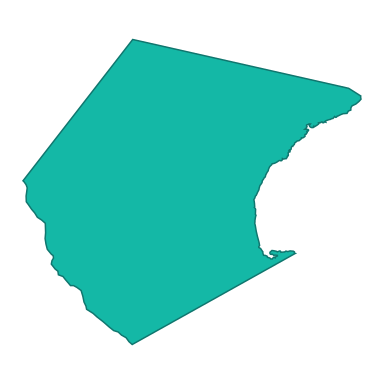 outline of Ngebei, Palau
{"feature_id": "81905179B35974165109386", "entity_name": "Ngebei", "entity_type": "district", "adm_level": 2, "iso_a3": "PLW", "parent_name": "Palau", "parent_adm1": "", "projection": "albers", "projection_center": [134.637, 7.688], "detail": "fine", "context": "isolated", "style": "filled", "palette": "teal", "viewbox_px": 384, "rotation_deg": 0, "n_neighbors": 0, "source": "geoboundaries", "source_scale": "gbopen_adm2", "svg_char_len": 3086}
<svg xmlns="http://www.w3.org/2000/svg" viewBox="0 0 384 384"><path d="M295.3,253.4L294.4,253.1L294.4,251.9L293.4,251.2L290.0,250.9L287.8,251.6L285.9,251.1L284.8,251.9L280.9,252.3L280.7,251.5L280.0,250.9L279.0,251.2L277.3,251.9L276.4,251.3L274.6,250.9L273.0,250.6L271.9,250.5L270.7,251.6L270.0,252.2L269.9,253.2L270.4,254.2L271.3,254.4L272.0,254.1L273.1,254.7L273.8,255.4L275.0,255.1L277.4,255.4L277.4,256.0L275.5,256.9L275.1,257.9L274.2,257.1L273.2,257.7L272.2,259.0L270.7,258.9L270.0,258.1L268.2,257.5L267.5,257.4L267.1,256.2L265.3,255.4L263.6,255.3L262.8,253.0L262.9,251.9L261.9,250.5L260.6,248.5L258.8,247.5L258.8,246.6L259.6,245.5L259.0,242.2L257.4,236.3L256.2,231.0L255.3,225.5L254.7,223.1L255.0,222.0L254.9,221.1L255.0,220.1L255.5,217.0L256.0,215.2L255.4,214.4L255.6,209.2L255.0,208.2L254.3,207.4L254.7,206.7L254.5,203.5L254.2,201.2L253.8,199.7L254.7,198.3L255.4,196.1L256.3,195.2L257.6,192.2L258.9,189.8L259.2,188.0L260.0,185.4L260.6,184.8L262.0,182.7L262.4,180.4L263.2,179.7L264.2,177.8L264.9,177.4L265.5,176.1L265.8,174.5L266.3,174.0L266.9,172.6L268.2,170.8L268.6,169.0L269.7,166.6L271.7,164.7L272.2,163.7L273.8,163.5L275.4,162.9L277.2,161.9L279.0,160.6L279.9,160.5L280.9,160.8L281.7,160.6L282.3,159.8L282.4,158.5L283.6,159.1L284.4,158.9L285.1,158.6L286.0,158.8L286.6,158.1L287.0,157.6L287.2,156.9L287.5,155.9L288.2,155.8L288.4,154.9L288.2,154.0L288.2,152.6L289.1,152.0L289.8,152.0L290.1,151.1L288.9,150.7L289.5,149.8L290.7,149.6L291.2,149.0L291.2,148.1L291.4,147.2L292.0,146.3L292.8,146.4L293.1,145.6L294.3,144.5L294.8,142.8L296.0,142.0L297.3,140.9L299.0,140.7L301.5,138.6L301.5,137.8L302.8,137.9L304.1,137.1L305.0,136.4L304.9,135.4L305.0,134.5L306.0,134.3L306.3,133.7L306.7,133.2L307.2,132.6L307.1,131.9L306.8,131.4L307.2,131.0L308.2,131.0L308.6,130.1L308.1,129.5L306.6,129.3L304.9,129.2L305.7,128.6L306.5,127.6L307.0,126.6L306.5,126.1L306.6,125.0L307.7,124.6L309.1,123.9L310.4,124.0L309.3,125.4L309.8,126.6L310.8,127.3L311.6,127.6L312.8,127.6L313.6,126.5L313.7,127.2L315.7,126.0L317.0,125.2L318.2,124.3L318.9,123.6L318.5,122.8L319.6,122.6L320.6,122.7L321.3,122.0L322.2,122.0L322.5,122.6L323.2,122.8L324.0,122.5L324.3,121.8L325.8,122.2L325.4,121.1L325.9,120.7L329.2,119.6L330.4,119.4L331.8,118.6L332.9,118.5L333.5,117.9L334.0,117.3L334.6,116.5L335.5,117.3L336.5,117.1L337.2,116.1L337.8,116.1L340.8,114.6L343.1,113.7L347.0,113.4L348.4,111.0L350.8,110.1L350.9,107.7L352.1,105.8L355.9,104.0L359.1,101.3L361.0,99.2L360.6,96.8L360.8,96.0L349.6,88.9L348.6,88.3L132.7,39.5L23.0,180.8L23.9,181.6L26.1,184.7L27.2,187.8L26.6,192.5L26.1,196.0L26.3,201.8L28.3,204.5L31.6,209.3L34.7,212.9L37.4,217.3L41.6,220.0L44.9,222.9L45.3,223.5L45.6,232.8L45.1,238.6L46.0,244.2L47.3,249.3L49.1,251.5L51.5,254.4L53.1,255.5L53.5,258.1L52.0,260.6L51.3,264.1L55.1,269.0L57.9,271.2L58.4,274.8L63.0,276.5L65.4,279.6L67.9,282.5L70.5,285.6L73.6,285.6L76.9,287.4L81.1,290.5L82.9,296.5L84.0,302.0L86.0,306.2L86.6,309.3L93.0,313.3L97.2,317.1L102.9,321.5L109.3,327.1L113.7,330.6L118.2,332.0L121.5,335.1L126.1,337.7L129.0,341.7L132.2,344.5L295.3,253.4Z" fill="#14b8a6" stroke="#0f766e" stroke-width="1.5"/></svg>